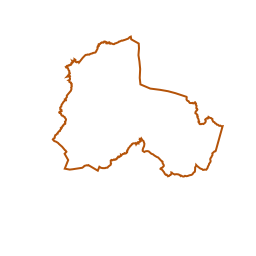 Wassa East, Western, Ghana, rotated 130°
{"feature_id": "2480657B7921909152770", "entity_name": "Wassa East", "entity_type": "district", "adm_level": 2, "iso_a3": "GHA", "parent_name": "Ghana", "parent_adm1": "Western", "projection": "albers", "projection_center": [-1.647, 5.368], "detail": "fine", "context": "isolated", "style": "outline", "palette": "amber", "viewbox_px": 256, "rotation_deg": 130, "n_neighbors": 0, "source": "geoboundaries", "source_scale": "gbopen_adm2", "svg_char_len": 5767}
<svg xmlns="http://www.w3.org/2000/svg" viewBox="0 0 256 256"><g transform="rotate(130 128 128)"><path d="M142.5,195.7L143.6,194.7L146.0,194.6L146.4,194.0L146.4,193.4L146.6,193.3L147.1,193.9L146.8,194.4L146.9,194.6L147.3,194.2L148.3,194.1L150.2,194.2L151.2,193.9L152.7,193.9L154.5,192.9L154.9,193.1L156.1,193.0L156.7,192.2L157.1,192.0L156.9,190.6L157.8,189.7L159.4,190.9L160.3,190.7L160.5,190.0L160.0,189.2L160.1,188.5L160.7,187.8L161.0,186.7L160.4,185.8L160.7,184.9L160.3,183.7L160.8,182.6L161.0,181.5L161.5,180.8L163.3,180.1L163.7,180.3L164.2,179.8L164.2,179.5L165.1,178.8L165.3,178.8L165.8,179.3L167.0,179.4L167.6,179.1L168.1,179.4L168.6,179.2L169.0,179.3L169.5,179.1L170.2,179.3L170.6,178.9L171.2,179.4L172.0,178.6L173.0,178.7L174.1,178.2L174.4,178.3L174.7,178.7L175.1,178.8L177.2,178.7L177.5,178.3L178.2,178.7L179.3,178.6L180.2,179.1L182.0,178.4L182.3,178.0L182.8,177.8L183.7,178.0L184.1,178.3L185.1,178.2L185.4,176.1L184.7,174.2L184.4,172.0L184.6,170.5L184.7,166.4L185.5,162.0L185.4,161.3L185.8,159.9L188.5,160.0L191.0,153.2L199.8,150.3L197.3,145.9L195.3,144.0L187.9,137.5L186.4,137.1L185.0,137.0L182.9,135.5L182.5,134.6L181.9,134.5L180.1,123.7L176.1,125.0L175.9,123.2L174.9,121.4L173.5,119.8L172.7,119.4L171.5,118.2L170.3,118.3L167.4,117.6L166.2,118.1L166.2,118.4L164.7,119.7L164.1,120.3L163.8,120.3L163.0,120.1L162.6,119.0L161.2,118.6L160.8,118.1L160.9,117.7L160.0,117.1L159.5,117.2L159.2,116.8L158.6,116.8L158.4,117.0L156.7,117.1L156.7,116.8L156.1,116.9L156.0,116.1L154.3,115.6L154.2,115.8L153.7,115.5L153.2,116.0L153.2,115.8L152.1,115.3L151.3,115.3L150.3,114.4L149.7,114.4L149.5,114.1L149.4,114.2L149.1,113.4L148.3,113.1L147.0,113.6L146.9,113.4L146.6,113.7L146.3,113.9L146.0,113.7L145.7,113.8L145.7,114.1L145.1,114.3L143.8,114.3L143.3,114.7L142.2,114.5L140.1,114.7L139.3,114.4L138.5,114.6L137.9,114.4L137.7,114.6L136.5,114.2L135.2,112.8L135.1,112.5L134.7,112.4L135.3,111.3L134.8,111.4L134.4,111.3L133.7,110.6L133.2,111.1L132.9,110.9L132.5,111.2L132.4,111.1L132.5,110.4L132.2,110.6L132.0,110.4L131.5,110.5L131.1,110.1L130.0,109.8L129.3,111.6L128.7,111.4L128.5,111.8L127.8,110.9L127.5,111.0L128.1,108.9L128.0,107.9L129.5,105.3L131.6,104.0L133.5,103.5L135.2,102.8L136.1,102.0L135.9,100.1L134.6,99.6L133.9,99.0L133.1,98.1L132.6,97.1L132.7,93.5L132.1,92.0L132.1,90.2L131.7,87.4L131.2,86.0L131.8,80.7L131.5,80.3L131.7,79.7L132.1,79.6L132.8,78.7L133.3,77.0L134.0,76.2L136.1,76.2L137.2,76.8L138.2,77.0L138.5,76.8L138.1,75.1L138.2,74.2L138.6,72.7L138.7,71.9L139.4,70.5L139.6,69.0L139.4,68.7L139.0,68.6L138.9,68.3L139.2,67.8L138.9,66.7L139.2,66.3L138.3,65.7L137.3,65.7L136.7,65.2L135.0,65.4L134.2,66.2L134.0,65.7L134.4,64.9L133.9,63.7L133.6,62.3L132.7,61.7L132.0,60.9L131.0,59.3L130.9,57.6L130.6,57.3L130.7,57.1L130.4,57.1L130.0,55.1L129.3,54.0L128.0,53.6L127.5,52.4L126.5,51.5L124.7,50.5L123.2,49.3L122.1,48.9L119.8,49.1L118.9,48.7L118.3,48.8L116.1,50.3L115.3,51.1L114.6,51.3L113.2,51.5L112.5,52.0L112.7,50.6L112.6,46.8L111.8,44.3L111.9,43.6L110.9,42.7L110.6,42.6L109.6,41.2L107.4,41.4L106.2,42.0L104.1,42.4L103.3,42.9L102.1,42.9L100.8,43.1L100.3,43.4L99.8,43.9L99.5,44.5L98.9,45.0L98.3,45.3L96.7,45.4L96.0,45.7L94.7,45.8L93.3,46.8L93.2,47.1L90.3,46.7L89.7,46.1L89.1,46.1L65.8,56.7L66.6,57.4L66.8,58.8L67.7,59.5L67.7,61.1L68.3,62.1L68.0,63.1L68.4,64.3L68.0,65.4L68.4,66.8L67.5,68.8L66.9,69.1L67.0,70.8L67.6,71.8L67.8,73.5L69.3,72.9L69.7,73.2L69.7,73.8L71.4,74.3L72.1,74.2L72.5,73.0L73.8,72.4L74.8,72.4L76.5,72.8L77.1,73.9L78.1,74.5L78.5,75.0L78.5,75.5L78.8,75.6L78.8,76.0L78.3,76.9L78.2,77.7L77.9,78.0L77.6,77.7L77.3,77.7L77.1,78.4L76.6,78.8L75.6,80.3L75.3,81.5L74.7,82.2L74.4,82.1L74.2,82.8L73.5,83.0L73.3,83.5L73.4,83.8L73.1,85.1L73.4,85.7L73.3,86.0L72.2,86.6L71.4,86.7L70.1,86.5L69.3,86.7L68.9,87.4L69.1,88.1L68.7,88.6L66.9,89.8L66.7,90.3L66.6,91.1L66.4,91.3L65.6,91.6L65.2,93.2L65.7,93.4L66.3,93.3L67.2,93.8L67.4,94.2L67.3,94.7L68.1,95.4L68.9,96.4L69.1,96.9L68.9,97.8L68.5,98.8L68.9,99.8L68.8,100.9L68.3,101.8L67.0,102.5L66.5,103.2L70.9,114.2L74.1,121.0L78.1,127.9L83.5,136.3L86.6,146.5L82.1,151.2L75.0,156.6L69.7,162.0L65.5,166.8L59.9,170.8L56.4,174.1L58.0,182.5L56.2,184.6L57.3,185.1L59.4,185.3L63.1,187.4L63.4,187.7L63.9,188.0L64.5,188.2L65.1,189.1L66.4,189.6L67.7,190.5L68.2,190.4L69.2,190.9L70.8,191.7L71.5,192.3L72.6,192.5L73.3,193.3L73.9,195.2L74.7,195.6L75.0,196.1L74.9,196.4L74.4,196.7L74.3,197.4L74.4,197.5L75.2,197.5L75.1,197.9L75.7,198.5L76.4,198.5L76.2,198.9L76.8,199.3L76.3,199.7L76.2,200.1L76.6,201.3L77.1,201.8L77.9,201.5L78.5,201.8L78.4,202.2L79.1,202.7L79.2,203.0L80.0,203.1L80.2,203.4L80.8,203.5L81.7,203.4L82.5,204.2L82.9,203.8L83.1,204.1L83.6,203.9L84.1,203.3L84.4,203.7L84.7,203.7L84.9,203.2L85.8,203.3L86.1,202.7L87.5,202.1L89.2,201.9L89.6,201.6L91.1,201.5L93.1,203.1L93.5,203.1L95.6,204.6L96.5,204.7L96.9,205.0L97.4,206.0L98.4,206.5L98.8,207.1L99.5,207.5L103.2,207.8L109.3,207.6L109.0,208.1L109.1,208.5L109.8,209.1L110.6,209.4L110.9,210.3L109.9,212.1L109.6,212.2L109.7,213.0L110.2,212.4L110.9,212.5L111.3,213.0L112.1,212.3L112.4,212.4L112.6,213.0L112.8,212.9L112.8,213.3L113.1,212.8L113.6,212.7L113.7,212.9L114.0,212.9L114.5,213.1L115.0,212.5L115.7,212.8L116.0,212.8L116.3,212.4L116.9,212.7L117.1,213.1L117.5,213.1L117.7,213.5L118.0,213.4L118.5,213.8L119.0,213.9L119.0,214.2L119.6,214.7L119.8,214.7L119.8,214.4L120.3,214.4L120.8,214.4L120.8,214.6L121.2,214.8L121.4,214.1L120.7,213.0L120.9,212.2L121.8,210.9L122.0,209.7L122.2,209.4L123.0,209.0L123.4,207.7L123.8,207.6L124.9,207.9L126.1,207.6L127.9,207.7L126.1,206.4L125.5,206.2L125.6,205.7L126.5,205.7L127.3,204.3L128.3,203.6L129.6,204.1L129.4,203.5L130.4,202.4L129.9,200.9L130.4,200.4L130.3,199.9L130.4,199.4L130.7,199.2L131.2,199.2L131.5,199.0L131.6,198.5L132.0,198.0L132.7,197.6L133.4,197.7L134.4,196.4L136.3,195.7L142.5,195.7Z" fill="none" stroke="#b45309" stroke-width="2"/></g></svg>